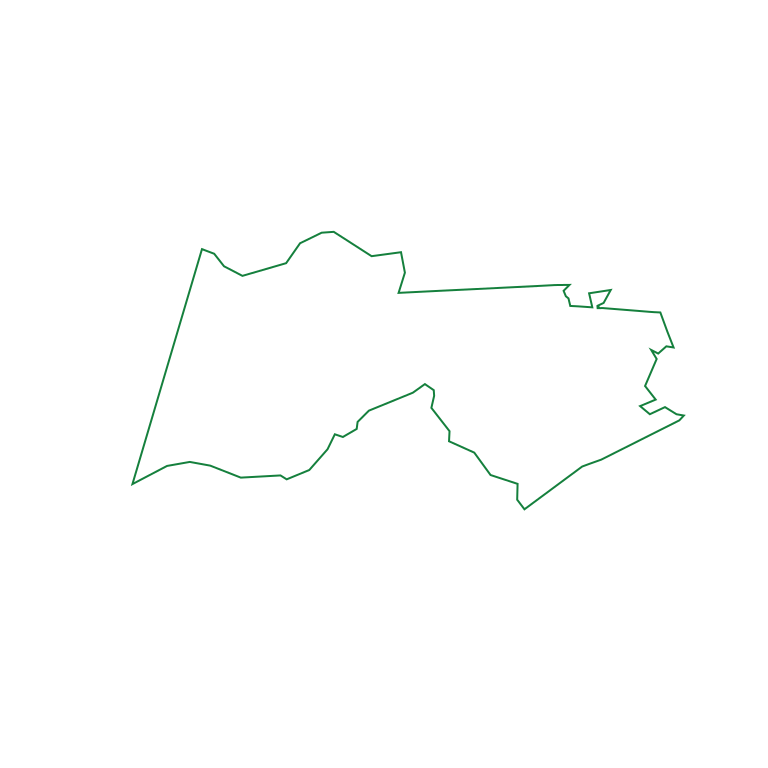 Dorchester, South Carolina, United States of America, rotated 319°
{"feature_id": "52423323B90119869144557", "entity_name": "Dorchester", "entity_type": "district", "adm_level": 2, "iso_a3": "USA", "parent_name": "United States of America", "parent_adm1": "South Carolina", "projection": "robinson", "projection_center": [-80.311, 33.076], "detail": "fine", "context": "isolated", "style": "outline", "palette": "green", "viewbox_px": 768, "rotation_deg": 319, "n_neighbors": 0, "source": "geoboundaries", "source_scale": "gbopen_adm2", "svg_char_len": 1114}
<svg xmlns="http://www.w3.org/2000/svg" viewBox="0 0 768 768"><g transform="rotate(319 384 384)"><path d="M589.0,430.9L578.2,421.7L564.6,411.1L515.6,372.6L487.8,350.7L454.8,324.8L472.8,313.7L483.3,295.7L458.5,279.4L445.9,236.2L436.2,228.9L413.0,222.7L389.4,228.6L348.1,209.5L340.5,190.2L341.3,174.3L335.1,162.8L128.5,294.5L166.5,303.5L186.3,315.4L199.3,331.6L214.5,360.7L245.9,385.1L248.0,392.1L271.2,399.9L298.6,396.2L313.9,389.7L318.2,397.0L333.9,400.0L339.2,395.3L355.1,394.2L400.1,409.5L414.8,410.9L417.5,421.3L414.1,425.8L404.1,433.1L402.5,462.6L395.5,469.9L407.1,495.0L404.7,522.6L419.3,547.0L408.6,558.7L407.8,570.7L479.4,576.3L486.3,578.9L498.3,583.6L583.0,605.2L589.6,604.5L584.9,598.7L580.9,585.8L564.8,581.2L562.8,568.7L578.8,574.0L579.7,556.8L606.2,544.0L608.0,533.6L610.9,540.9L621.8,540.8L626.5,546.4L632.2,530.4L639.5,511.3L635.0,507.0L632.1,504.1L623.9,495.7L599.0,470.3L595.0,466.9L596.0,465.5L596.7,466.1L596.9,465.2L602.9,466.9L616.8,461.8L598.3,450.1L591.5,462.8L581.4,452.7L575.8,447.3L579.4,440.4L578.8,437.1L580.7,431.5L589.0,430.9Z" fill="none" stroke="#15803d" stroke-width="2"/></g></svg>